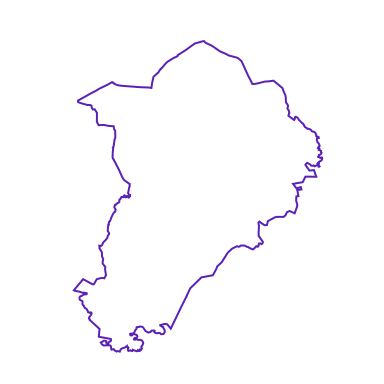 Šķeltovas pag., Aglonas, Latvia (orthographic projection), rotated 169°
{"feature_id": "27541924B92789434462497", "entity_name": "Šķeltovas pag.", "entity_type": "district", "adm_level": 2, "iso_a3": "LVA", "parent_name": "Latvia", "parent_adm1": "Aglonas", "projection": "orthographic", "projection_center": [27.046, 56.047], "detail": "fine", "context": "isolated", "style": "outline", "palette": "violet", "viewbox_px": 384, "rotation_deg": 169, "n_neighbors": 0, "source": "geoboundaries", "source_scale": "gbopen_adm2", "svg_char_len": 5866}
<svg xmlns="http://www.w3.org/2000/svg" viewBox="0 0 384 384"><g transform="rotate(169 192 192)"><path d="M310.2,61.7L309.6,59.8L308.0,58.2L302.2,57.3L301.4,56.8L301.2,56.4L301.0,55.4L301.3,53.4L301.0,52.6L298.9,52.7L298.0,51.0L297.6,50.9L296.6,49.8L295.6,50.1L293.3,49.1L292.5,50.5L291.6,51.4L290.0,51.9L287.3,52.2L285.3,53.2L285.4,52.6L285.3,52.2L284.4,51.9L284.2,51.5L284.5,51.3L284.3,51.0L284.9,50.2L285.0,49.1L284.9,48.3L284.6,48.1L282.9,48.4L282.1,47.7L281.2,47.4L281.0,47.9L280.2,48.5L279.7,47.9L276.5,46.2L275.6,46.2L275.4,46.4L275.6,46.7L275.3,47.0L275.1,46.5L274.0,46.1L274.1,46.6L273.3,47.3L273.1,47.1L273.1,46.8L272.2,46.7L271.0,48.1L271.4,48.6L271.2,49.9L269.9,51.0L268.9,52.5L268.7,53.5L269.1,55.1L269.7,55.9L270.7,56.7L273.3,57.2L274.6,58.1L276.2,57.9L277.1,58.2L277.2,58.5L275.9,59.8L274.2,59.2L273.2,60.5L273.2,61.3L273.6,62.2L275.6,63.4L276.7,63.6L278.8,62.7L279.6,62.9L279.9,63.6L279.8,64.5L279.2,64.7L277.9,64.4L276.6,64.4L275.4,65.2L274.0,67.2L272.5,68.4L272.3,69.6L272.0,69.9L269.9,69.6L268.9,70.0L266.3,69.0L265.6,67.9L264.9,66.1L264.0,64.2L261.5,62.3L259.2,62.6L258.1,63.6L255.4,63.2L255.1,62.9L255.7,61.6L254.6,60.5L252.7,59.9L251.2,60.0L250.5,59.8L249.8,58.6L249.1,58.2L247.0,58.1L246.1,58.9L245.4,60.0L245.2,61.2L245.5,62.6L245.9,63.4L246.0,64.8L247.3,65.6L247.8,66.5L248.6,66.8L248.6,67.4L243.7,67.7L241.6,66.9L238.9,61.9L224.4,81.4L218.0,89.7L217.4,90.1L217.4,90.6L212.1,97.8L199.0,106.4L187.4,106.3L182.9,111.7L181.4,114.2L176.3,117.3L168.5,125.6L163.3,128.8L158.1,130.2L156.6,129.3L155.6,129.4L154.6,130.1L151.2,129.6L149.9,128.9L148.7,127.8L147.4,127.3L146.0,125.9L143.2,124.0L141.9,124.6L139.2,126.5L138.9,126.5L138.2,125.8L137.5,125.8L136.6,127.0L136.6,127.9L136.0,128.7L134.6,128.4L133.6,127.5L133.0,127.8L132.4,128.5L131.9,129.4L134.9,136.2L134.2,140.2L132.7,146.1L132.7,149.1L131.5,150.1L128.5,146.9L127.0,145.5L124.7,145.3L123.1,148.9L122.9,149.0L115.5,151.3L113.5,151.4L106.7,150.1L104.7,151.3L102.6,154.1L101.8,154.3L99.8,154.7L95.3,151.5L92.0,157.0L91.1,158.9L91.4,163.7L90.4,167.8L88.3,167.7L88.3,173.8L84.1,173.6L84.3,176.1L88.8,175.7L91.2,180.7L81.4,180.5L77.8,185.4L67.1,183.3L68.1,190.2L72.6,190.6L75.5,196.9L75.2,197.5L73.3,198.6L71.1,196.8L70.6,196.3L70.2,195.3L69.9,195.1L68.6,194.7L67.4,194.8L66.7,193.8L64.6,194.4L63.3,194.1L62.9,193.9L63.0,192.8L62.3,192.5L61.9,192.7L62.6,194.2L62.8,195.1L63.4,196.0L62.8,196.5L61.9,195.9L61.8,196.2L61.9,196.9L61.8,197.2L60.2,197.9L58.9,198.2L57.7,200.0L57.9,201.1L58.1,201.3L59.5,200.9L60.0,201.3L60.6,202.2L61.4,202.3L61.5,202.6L60.7,203.2L60.2,204.2L59.0,204.2L58.5,204.5L58.0,204.9L57.4,205.9L57.8,206.3L57.8,206.8L57.5,207.8L59.4,209.1L58.6,209.7L58.7,210.6L59.0,210.8L59.7,210.6L60.0,211.1L59.2,212.1L58.1,212.5L58.0,213.1L58.0,213.9L58.3,215.4L59.4,217.2L59.5,219.6L59.0,220.9L58.6,221.2L57.3,220.8L57.3,221.9L58.6,222.3L59.4,223.3L59.0,223.9L59.4,224.9L59.5,226.4L60.3,227.4L62.7,228.8L63.2,229.9L63.9,230.8L65.9,232.0L66.5,231.9L66.9,232.6L68.7,234.2L69.0,234.8L69.2,235.7L69.1,236.1L69.7,236.8L69.8,237.7L70.9,238.8L71.1,239.3L71.8,240.1L72.6,241.6L73.3,242.3L73.8,244.1L74.3,244.9L75.8,246.0L76.5,245.9L77.2,244.1L78.0,243.2L82.8,248.4L82.2,249.7L81.5,250.6L81.6,251.2L81.4,251.4L81.5,253.0L81.4,253.2L82.4,255.8L81.3,258.1L81.5,259.6L82.6,261.9L82.4,264.3L81.9,266.9L81.9,269.5L82.5,271.4L83.4,276.8L90.7,285.7L95.8,286.0L99.2,286.5L106.3,286.1L109.8,286.1L112.2,286.6L113.3,290.9L114.6,295.1L118.4,311.0L121.1,314.4L122.4,315.4L129.7,318.9L133.2,321.7L137.6,324.6L144.6,331.8L150.1,335.8L151.4,337.8L153.0,337.9L161.1,337.2L170.9,332.6L180.1,328.9L180.4,328.0L184.8,327.0L191.2,324.5L193.2,323.3L199.2,318.5L199.4,318.7L201.2,317.0L201.8,316.1L207.8,312.5L210.3,306.7L212.0,301.9L214.9,302.9L223.0,304.8L240.5,309.6L244.3,310.9L246.5,312.2L248.4,313.8L249.0,314.5L248.8,314.6L249.5,315.1L253.8,313.6L263.6,311.0L266.9,309.7L271.2,308.5L286.3,303.6L286.7,302.6L286.7,302.1L284.5,300.6L278.1,297.4L275.0,296.7L274.2,295.6L274.3,293.8L273.5,291.9L271.7,291.7L270.2,287.9L272.0,279.0L270.9,275.4L265.9,274.7L260.6,272.6L256.4,271.5L256.4,268.1L255.7,266.9L256.9,260.0L258.0,258.4L260.2,251.8L261.1,250.8L260.9,250.6L262.3,245.7L263.4,241.0L263.1,239.6L262.8,238.7L262.7,238.8L259.6,228.3L257.5,219.3L256.3,216.6L251.6,211.6L251.9,210.8L251.9,209.9L252.6,208.9L255.0,203.0L254.0,200.8L253.6,200.8L253.7,200.6L253.6,200.2L253.6,199.6L255.3,198.6L255.8,199.1L255.8,200.1L256.0,200.3L256.8,200.4L257.6,199.4L258.1,199.4L258.6,199.7L258.9,200.1L258.6,201.4L259.0,201.7L259.4,201.4L260.0,200.3L260.4,200.0L260.9,200.1L261.6,200.6L262.2,200.6L263.3,199.0L264.7,198.4L265.0,197.7L265.0,196.5L265.8,195.6L267.1,195.5L267.8,194.9L268.5,194.8L268.9,194.2L269.9,194.1L270.6,192.8L271.1,192.2L271.2,191.7L270.3,189.4L271.0,188.1L271.0,187.4L272.6,186.7L273.7,185.5L276.1,182.3L277.8,179.4L278.4,178.8L279.1,178.6L279.7,176.9L280.3,176.1L279.9,175.9L280.0,175.5L280.7,174.7L281.2,173.6L282.1,169.9L281.2,167.2L281.5,166.4L282.9,165.3L283.9,163.1L286.1,161.2L288.7,159.5L290.5,156.9L292.1,156.3L293.2,157.0L293.4,156.0L293.3,155.2L293.6,154.4L291.9,149.9L292.6,146.0L292.0,143.0L293.2,140.0L293.3,138.6L291.4,135.0L292.1,132.7L292.3,126.8L294.6,124.0L296.8,124.9L302.1,124.6L305.9,120.2L307.3,120.4L315.5,127.2L326.7,118.1L325.6,117.2L321.6,115.7L318.5,113.9L317.3,113.8L314.7,112.8L314.7,112.3L315.0,111.8L317.9,112.0L320.5,110.9L321.2,111.0L322.0,110.7L322.6,109.6L322.8,108.3L322.7,107.7L322.4,107.4L320.5,105.8L320.4,105.0L320.8,103.4L320.8,102.0L320.1,101.3L319.4,98.7L318.3,97.9L317.8,97.3L317.0,94.9L317.0,93.9L315.6,93.0L315.3,92.9L315.4,93.3L314.7,93.3L313.8,92.8L313.7,92.2L314.1,91.1L317.1,88.3L317.2,87.3L316.7,86.4L316.9,86.1L308.9,75.2L311.1,67.7L299.7,63.2L299.8,61.6L300.4,61.5L300.9,60.9L302.4,60.6L303.0,59.3L303.5,59.1L304.3,59.2L304.9,59.9L304.9,60.4L304.6,61.8L305.2,62.4L307.1,62.9L308.1,62.2L310.2,61.7Z" fill="none" stroke="#5b21b6" stroke-width="2"/></g></svg>